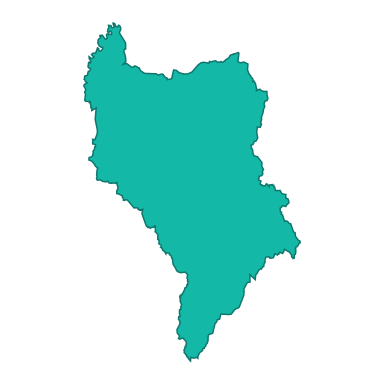 outline of Ban Phai, Khon Kaen, Thailand
{"feature_id": "78962969B94804173540962", "entity_name": "Ban Phai", "entity_type": "district", "adm_level": 2, "iso_a3": "THA", "parent_name": "Thailand", "parent_adm1": "Khon Kaen", "projection": "equal_earth", "projection_center": [102.783, 16.032], "detail": "fine", "context": "isolated", "style": "filled", "palette": "teal", "viewbox_px": 384, "rotation_deg": 0, "n_neighbors": 0, "source": "geoboundaries", "source_scale": "gbopen_adm2", "svg_char_len": 5889}
<svg xmlns="http://www.w3.org/2000/svg" viewBox="0 0 384 384"><path d="M118.6,25.2L117.7,26.8L116.6,26.9L115.6,25.9L114.8,23.8L113.2,23.0L113.0,23.7L114.3,27.1L112.1,27.8L111.5,27.4L111.0,25.7L108.5,25.3L108.9,27.7L108.0,29.0L107.5,31.7L108.6,32.7L110.0,31.2L110.8,31.1L111.8,33.3L111.3,34.6L109.9,34.1L108.5,34.7L107.6,33.9L106.9,34.1L106.4,35.5L107.3,37.9L105.9,39.2L104.7,38.5L102.3,35.2L99.9,35.5L99.8,36.1L100.7,36.7L100.8,37.3L98.3,39.5L97.8,42.8L99.2,45.9L100.9,47.1L102.7,47.4L102.8,48.4L101.4,50.6L100.0,51.3L99.0,50.7L98.7,48.7L97.5,47.9L95.8,52.8L92.6,53.4L91.5,54.4L92.5,55.9L93.9,56.6L93.8,57.5L91.4,58.5L89.1,56.7L89.2,58.6L91.0,61.3L90.3,63.0L89.1,62.1L88.6,62.5L88.0,66.7L88.7,67.9L90.3,68.4L90.5,69.3L90.2,70.2L88.1,71.8L87.4,75.4L84.9,75.9L84.6,76.5L84.5,78.9L84.1,79.3L85.1,80.1L85.3,81.4L87.2,82.9L84.3,84.5L83.8,86.0L85.5,88.7L85.6,90.5L84.6,92.0L85.5,94.5L84.7,100.3L85.7,101.3L88.8,101.4L89.3,102.6L90.3,101.9L91.0,108.0L91.9,108.2L91.8,110.5L96.2,108.0L95.2,119.4L97.4,130.3L97.1,134.1L94.9,139.7L92.6,139.3L93.0,141.8L92.6,142.2L92.7,143.9L94.9,144.4L95.8,145.4L95.3,146.7L94.8,146.8L94.3,149.7L93.0,151.2L93.2,152.9L92.7,154.8L92.9,155.4L91.4,156.9L89.3,157.4L88.9,158.2L89.0,160.1L91.6,161.0L94.8,164.6L94.7,165.1L95.8,166.5L97.9,168.1L97.2,169.1L96.6,175.2L97.1,176.5L96.5,178.5L97.3,180.2L100.3,179.8L102.4,181.3L106.2,181.9L107.6,181.1L109.1,183.0L111.4,183.3L114.1,182.9L115.4,183.4L116.9,182.5L117.2,185.3L117.7,185.7L118.0,188.3L116.8,190.8L116.8,193.7L118.3,193.8L122.2,195.8L122.4,197.3L123.6,199.1L123.3,200.1L124.5,200.4L126.4,199.6L127.7,200.4L134.1,208.0L136.2,207.7L138.2,208.3L138.1,209.3L138.9,209.8L140.1,209.7L140.1,210.3L141.0,210.2L141.1,209.7L141.8,209.7L142.0,210.3L143.0,208.6L141.9,213.5L146.2,225.7L148.0,227.5L148.5,226.8L150.3,228.2L151.2,227.6L153.8,227.1L154.6,225.8L155.4,226.4L155.1,227.7L155.6,230.6L155.1,231.6L156.9,233.3L157.9,235.1L157.7,239.4L158.9,240.1L159.1,241.7L158.8,243.7L161.1,245.1L161.3,246.2L160.6,247.4L162.3,248.4L162.6,250.2L164.5,251.4L165.9,253.9L166.2,252.9L169.2,253.1L169.4,254.6L171.1,255.7L171.7,258.0L172.5,259.0L173.0,264.0L176.2,269.4L176.3,270.2L177.6,271.6L180.6,272.7L185.1,272.1L187.6,274.5L187.0,278.3L187.7,279.3L187.5,281.4L188.2,281.9L187.5,284.7L187.0,284.6L186.6,286.8L184.7,288.2L185.0,288.9L181.9,294.8L181.3,294.5L180.8,295.7L180.3,295.6L180.4,296.6L179.9,296.4L179.7,297.3L180.5,297.5L180.1,299.4L180.4,299.6L180.4,301.0L180.1,301.2L181.6,304.4L180.8,307.1L180.9,309.5L179.6,309.7L179.5,310.4L179.5,314.3L180.3,315.9L179.7,316.7L178.8,316.6L178.5,318.3L178.6,319.3L180.0,321.6L179.8,322.8L180.2,323.4L177.0,329.5L177.2,332.9L179.5,335.9L178.5,338.6L180.0,339.2L181.9,338.2L183.6,338.4L183.8,339.1L186.0,341.3L186.4,343.3L186.0,344.7L186.3,345.3L185.7,346.6L185.1,346.5L184.6,349.4L183.9,350.0L184.4,351.5L184.2,352.7L185.4,353.8L185.7,354.6L186.3,354.7L186.7,356.4L187.9,357.6L188.3,357.5L188.7,359.0L190.5,361.0L190.8,357.5L194.0,358.1L196.8,357.4L197.8,358.3L198.0,356.2L199.5,352.8L202.5,350.6L202.8,348.7L204.3,348.3L204.7,347.0L205.7,346.0L206.1,344.6L207.3,343.0L208.2,339.8L207.7,338.8L208.3,337.3L208.0,336.3L209.0,334.3L212.6,333.4L215.1,323.4L216.6,322.0L217.2,319.8L219.5,319.3L220.9,314.1L228.9,314.5L231.3,314.1L234.5,309.9L236.1,308.7L238.4,307.9L239.3,306.9L243.7,295.5L244.1,291.4L243.7,289.4L247.0,283.0L247.8,282.4L250.0,282.1L249.9,274.6L255.2,279.6L255.7,275.0L257.3,273.0L258.6,270.3L260.9,268.7L261.3,269.0L262.8,266.7L263.7,266.6L264.0,264.1L265.1,262.2L264.9,259.8L266.0,257.0L269.5,256.9L269.9,258.2L273.3,257.8L274.5,255.1L274.6,253.7L277.4,255.0L277.8,254.1L278.8,254.2L279.4,252.4L280.0,252.7L280.2,252.2L282.6,253.5L283.7,251.8L284.3,249.3L289.3,252.0L291.7,255.2L291.5,256.2L291.9,257.2L292.8,257.6L293.0,258.5L294.1,258.3L294.5,254.5L295.2,254.4L295.8,252.6L295.5,251.8L295.9,250.5L295.3,249.7L295.8,248.7L295.4,248.2L296.0,247.0L296.7,247.0L298.5,244.8L298.7,243.4L300.2,242.8L299.9,241.0L298.3,240.2L295.4,236.2L295.2,232.9L293.4,231.7L290.7,223.8L288.8,223.2L287.6,221.4L285.3,220.8L284.5,221.2L282.5,214.9L281.1,214.1L281.7,212.4L280.3,211.3L280.1,208.1L281.4,207.5L282.2,205.7L285.9,206.5L286.1,205.5L288.8,203.0L288.9,201.7L287.9,198.8L286.0,198.3L286.0,197.4L285.6,197.0L285.9,194.5L283.0,194.1L281.5,193.2L280.2,190.5L275.4,190.6L274.7,187.1L273.7,186.8L273.8,185.3L272.2,185.1L272.3,184.6L269.2,185.0L269.1,186.8L266.8,183.8L266.1,184.1L265.3,185.8L262.4,185.6L261.9,185.5L262.0,185.0L260.1,184.2L260.9,181.0L258.6,180.0L258.6,178.3L258.9,178.3L259.2,176.3L261.7,175.6L262.7,174.3L262.5,171.1L263.5,169.5L261.7,166.2L262.0,162.7L257.5,156.7L254.0,155.8L253.0,153.3L252.7,150.5L251.9,148.4L251.3,148.4L251.1,145.1L253.0,144.5L254.4,141.4L256.0,141.1L257.7,138.0L256.7,132.3L257.3,127.0L260.2,127.3L261.5,124.4L260.7,122.8L261.7,118.8L261.2,117.8L263.0,112.7L263.4,110.9L263.1,110.5L264.7,106.5L264.5,105.1L264.0,104.6L264.1,103.6L265.0,101.1L266.9,100.7L267.9,98.6L266.9,94.2L266.9,91.4L263.8,91.4L261.9,90.9L259.7,89.2L256.4,90.7L256.8,88.9L256.5,88.7L255.5,83.8L254.1,81.2L252.9,81.7L253.1,80.2L252.7,78.7L250.6,76.4L250.6,75.6L249.3,74.4L247.5,70.0L247.9,64.0L243.7,62.0L241.1,62.8L238.9,62.3L237.9,61.4L238.9,53.2L238.0,52.5L234.0,54.3L233.8,53.9L230.2,55.3L228.9,57.8L226.1,59.5L223.1,62.2L222.1,62.3L220.9,61.5L220.0,62.2L217.2,62.1L215.9,60.9L214.5,60.9L210.8,62.0L209.5,61.4L209.0,63.1L203.5,62.3L201.1,62.8L198.2,64.8L192.0,72.0L187.9,73.9L184.1,74.0L181.2,73.3L179.2,72.7L176.3,70.3L173.6,70.0L171.6,78.8L167.2,79.7L167.2,78.2L164.5,76.9L164.4,76.0L163.3,75.4L163.2,74.5L162.6,74.1L160.2,74.3L158.5,75.1L156.1,73.8L144.6,73.4L140.5,70.7L139.3,68.0L138.3,67.9L136.7,66.6L134.7,65.9L133.4,67.1L131.6,67.2L126.4,63.3L123.2,64.4L125.8,61.3L125.8,59.2L125.1,55.1L123.7,51.2L124.6,49.1L125.7,49.0L125.6,43.6L125.3,42.4L119.6,33.3L119.5,32.1L120.5,30.1L120.8,28.0L119.7,25.8L118.6,25.2Z" fill="#14b8a6" stroke="#0f766e" stroke-width="1.5"/></svg>